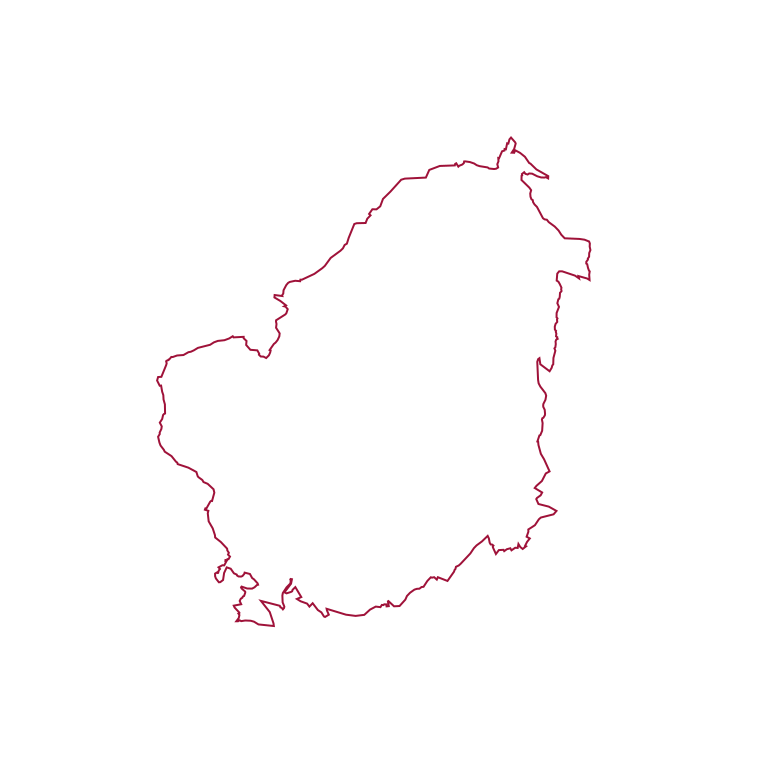 Runcu Salvei, Bistrita-Nasaud, Romania, rotated 204°
{"feature_id": "2599482B46893118391872", "entity_name": "Runcu Salvei", "entity_type": "district", "adm_level": 2, "iso_a3": "ROU", "parent_name": "Romania", "parent_adm1": "Bistrita-Nasaud", "projection": "robinson", "projection_center": [24.328, 47.36], "detail": "fine", "context": "isolated", "style": "outline", "palette": "rose", "viewbox_px": 768, "rotation_deg": 204, "n_neighbors": 0, "source": "geoboundaries", "source_scale": "gbopen_adm2", "svg_char_len": 6166}
<svg xmlns="http://www.w3.org/2000/svg" viewBox="0 0 768 768"><g transform="rotate(204 384 384)"><path d="M427.6,127.1L424.9,124.7L431.1,120.4L429.5,119.0L423.1,116.3L422.9,115.5L423.5,115.0L422.1,114.1L421.5,111.1L422.4,107.2L420.8,107.9L419.8,109.4L418.0,109.3L414.6,111.5L409.5,113.5L406.1,114.0L400.9,113.3L386.2,118.1L387.6,120.4L395.6,129.2L408.2,135.8L389.0,139.0L387.7,137.8L386.6,138.0L384.7,137.0L384.2,138.7L384.5,140.1L387.8,143.3L390.8,149.4L391.4,151.9L390.3,158.6L388.4,163.7L389.2,166.4L390.1,167.3L390.0,167.9L388.7,168.2L387.7,163.7L390.2,153.2L387.9,153.1L384.4,156.2L383.6,157.3L383.8,158.8L382.4,162.4L372.9,155.7L376.1,152.2L371.8,151.6L364.9,152.1L361.6,150.3L360.0,154.7L352.5,150.6L348.3,149.9L344.3,147.2L343.1,147.2L340.6,150.8L343.9,153.8L345.0,155.3L324.9,157.8L315.6,160.6L308.1,165.1L305.0,172.2L301.0,177.3L296.5,178.7L296.1,181.3L294.6,181.8L294.2,182.8L292.2,183.6L291.2,181.9L289.3,183.0L292.0,187.0L291.7,187.5L284.4,185.0L279.5,187.5L276.8,195.7L276.8,199.7L275.3,203.9L272.6,208.5L270.6,210.3L268.4,211.4L267.1,213.8L265.4,214.8L264.3,221.7L262.6,226.5L261.4,226.6L259.6,227.9L256.2,226.8L256.2,229.4L245.9,229.9L243.7,241.0L243.9,242.9L243.5,243.9L243.9,246.3L241.9,248.6L240.9,250.8L236.2,264.3L235.1,270.6L233.8,274.2L230.5,280.0L227.5,287.4L225.4,285.6L222.9,282.0L221.3,280.8L219.8,281.3L218.3,280.9L218.5,279.7L218.0,279.0L212.6,274.2L211.5,279.0L207.4,281.1L206.2,280.2L204.6,283.0L201.8,285.3L199.9,283.9L197.5,287.8L195.2,288.6L196.1,292.5L193.2,290.5L190.2,289.7L188.2,293.5L189.3,293.5L189.1,297.9L188.0,302.2L191.6,302.5L192.0,307.7L193.0,309.8L188.7,316.4L187.5,323.4L186.4,325.8L176.1,333.9L174.8,338.2L183.6,339.0L194.1,337.2L198.1,340.8L197.9,342.1L195.6,346.1L195.4,349.2L204.0,350.3L203.3,353.0L200.3,359.6L199.8,368.1L197.2,371.5L207.1,380.3L212.3,384.0L218.1,391.1L219.8,394.1L220.5,393.9L221.1,400.2L220.4,400.9L220.5,405.6L223.2,412.8L225.3,415.8L225.4,417.2L224.7,417.9L224.3,420.8L224.7,422.2L226.7,425.8L229.2,427.9L230.0,429.5L230.3,430.7L230.1,435.3L231.1,439.3L232.9,441.3L240.1,445.2L243.0,447.5L244.9,450.4L253.0,466.6L253.3,469.4L252.5,470.8L249.2,465.6L237.9,463.0L237.4,467.0L237.8,469.4L237.4,470.8L239.8,476.7L241.0,484.1L242.8,485.9L242.4,487.2L243.3,490.3L244.6,492.7L244.7,494.6L243.8,495.8L244.4,496.0L244.7,497.2L246.2,497.5L247.1,500.2L248.3,501.5L248.4,502.5L250.0,503.2L251.3,505.8L251.7,508.7L251.0,511.2L252.2,513.3L252.2,514.5L253.5,515.1L255.2,519.1L255.5,525.6L258.5,528.3L259.2,532.3L258.6,533.2L258.9,535.1L260.3,538.9L259.6,540.9L259.9,541.6L260.6,542.4L261.1,544.2L264.2,546.9L266.3,548.4L268.3,548.7L270.6,555.3L269.8,558.2L267.0,559.4L253.6,560.7L248.8,559.8L250.3,561.7L241.4,563.0L238.5,562.6L241.0,567.3L241.9,570.6L242.8,570.9L244.9,573.1L247.1,576.1L248.2,576.3L248.9,578.0L248.3,580.6L248.8,581.4L248.4,583.7L249.8,587.1L249.9,590.3L252.0,593.2L253.1,596.1L254.6,597.6L259.5,597.4L264.5,596.0L278.2,590.6L282.8,592.5L286.9,595.2L292.1,597.3L299.4,598.9L302.0,600.3L304.3,599.7L306.2,600.1L316.3,608.0L319.6,609.3L321.8,610.8L322.9,612.5L324.4,612.7L326.3,614.6L327.9,617.5L328.4,620.9L331.1,622.5L341.4,626.3L343.0,630.2L342.6,630.8L343.4,631.9L342.1,634.5L340.3,633.5L338.0,633.8L337.0,635.4L334.2,636.4L328.5,636.1L324.5,636.6L321.3,637.9L320.3,638.8L317.7,638.6L318.5,640.7L332.0,642.0L339.9,644.9L341.2,644.9L347.7,648.9L353.8,650.5L359.2,650.9L359.1,648.2L361.4,647.3L360.7,651.7L361.5,657.2L362.4,658.1L368.2,660.8L368.9,658.5L368.2,654.2L369.4,654.0L368.1,648.0L369.4,647.7L368.9,646.3L370.8,644.6L370.7,637.0L371.5,636.9L370.0,634.0L369.9,630.9L367.8,628.2L369.1,626.3L370.8,625.2L375.6,623.6L377.4,624.0L385.3,621.9L388.3,621.6L391.3,622.1L395.8,621.7L400.4,620.4L401.3,619.9L400.9,618.3L401.7,616.4L404.0,614.0L404.5,612.8L407.8,615.0L408.5,614.0L408.2,612.5L421.7,605.9L429.7,598.0L429.7,589.6L448.5,580.1L451.4,577.6L456.4,562.3L460.2,552.7L459.7,544.8L461.9,540.5L465.7,538.9L466.8,533.3L464.9,532.6L466.5,528.2L466.3,523.6L474.3,519.8L476.2,518.1L475.7,503.2L475.0,497.1L476.5,495.0L476.7,491.2L478.0,488.0L484.0,477.5L486.1,467.8L487.5,464.7L492.4,456.3L501.4,445.9L502.8,445.3L502.4,443.8L507.1,442.2L511.6,438.9L512.7,437.4L513.5,434.7L513.9,428.8L512.8,425.6L513.2,423.5L512.7,423.0L520.1,420.8L519.3,418.5L512.5,417.7L505.5,416.0L506.7,414.4L505.4,414.6L502.4,413.2L502.0,409.0L502.4,407.5L508.5,398.3L508.0,397.0L506.6,395.1L505.5,391.5L499.9,387.8L499.0,384.9L499.1,380.8L499.9,377.7L500.9,375.8L502.3,368.5L501.2,368.5L500.8,366.4L500.8,363.4L502.2,359.8L505.2,360.0L507.8,359.0L510.2,359.9L510.3,360.9L513.4,363.2L520.0,360.9L525.8,363.6L527.1,367.4L530.8,368.7L531.4,370.0L540.4,365.4L541.6,366.1L544.0,362.6L547.6,359.1L553.3,355.8L556.3,352.9L558.8,349.1L568.7,341.3L571.4,337.4L573.6,334.9L575.6,333.5L579.0,328.9L584.6,325.9L588.0,322.7L589.3,322.2L590.0,319.7L590.8,318.6L590.6,318.2L592.2,316.7L592.2,316.0L591.0,314.6L590.7,312.8L590.3,300.0L593.2,298.5L592.7,294.9L588.2,291.2L587.0,291.9L583.5,286.7L581.1,284.1L579.1,280.2L575.9,276.3L572.0,268.0L572.8,267.1L573.2,265.8L572.4,261.8L573.1,257.5L569.8,254.9L569.1,252.4L569.2,248.4L568.5,247.1L568.9,243.9L565.3,239.1L563.1,236.9L558.3,234.3L556.8,233.0L548.8,231.7L542.4,228.4L540.9,228.1L539.9,226.9L528.7,228.0L519.6,227.3L516.7,224.0L515.6,223.4L510.9,222.4L509.0,221.0L504.5,221.1L496.9,218.5L494.8,215.7L493.5,207.2L494.3,207.0L494.9,205.8L495.6,198.3L496.6,197.8L496.5,196.3L492.9,196.7L492.4,194.2L488.3,187.2L481.7,182.4L477.0,177.2L475.8,175.1L468.8,173.3L460.4,169.8L459.4,168.2L457.1,166.7L457.1,164.7L454.5,163.7L454.8,160.7L455.8,160.3L455.7,159.2L457.2,158.7L456.8,157.5L455.9,157.4L456.2,153.3L457.9,152.7L460.6,149.2L458.6,148.3L459.1,146.5L458.7,144.0L459.1,143.7L459.8,144.1L461.2,142.1L460.1,139.7L458.5,138.0L454.2,135.7L453.0,136.4L451.3,139.5L453.2,146.3L453.1,152.5L448.9,152.9L444.1,150.0L441.0,150.0L440.4,149.3L438.7,149.0L436.3,149.9L435.2,151.0L434.4,153.7L434.6,155.0L429.2,155.9L425.5,153.1L423.4,152.7L418.4,150.5L417.4,149.4L418.3,148.7L419.6,145.6L421.3,143.4L425.9,141.5L431.7,141.0L431.9,140.1L431.0,139.3L426.4,137.9L425.9,137.0L425.6,133.5L426.5,132.4L426.5,131.1L427.5,129.6L427.6,127.1Z" fill="none" stroke="#9f1239" stroke-width="2"/></g></svg>